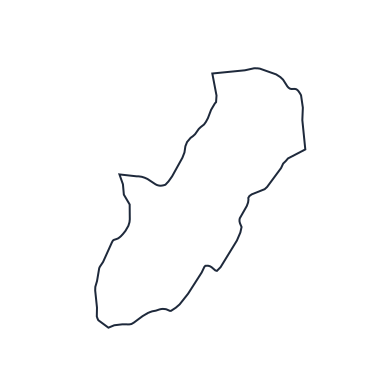 map outline of Cuscatlán (orthographic projection), rotated 244°
{"feature_id": "SLV-1345", "entity_name": "Cuscatlán", "entity_type": "Department", "adm_level": 1, "iso_a3": "SLV", "parent_name": "El Salvador", "parent_adm1": "", "projection": "orthographic", "projection_center": [-89.024, 13.859], "detail": "fine", "context": "isolated", "style": "outline", "palette": "slate", "viewbox_px": 384, "rotation_deg": 244, "n_neighbors": 0, "source": "natural_earth", "source_scale": "10m", "svg_char_len": 1697}
<svg xmlns="http://www.w3.org/2000/svg" viewBox="0 0 384 384"><g transform="rotate(244 192 192)"><path d="M239.6,134.5L230.3,149.2L229.6,150.7L227.7,153.5L225.6,155.7L223.2,157.7L214.9,162.6L213.6,163.6L212.6,164.7L211.6,166.1L211.0,167.6L210.5,169.4L210.2,171.3L211.8,175.5L214.8,181.0L227.0,198.4L230.9,202.6L236.0,206.1L239.1,209.5L241.3,214.5L241.8,217.4L242.6,220.1L245.7,225.7L246.5,228.2L247.4,232.4L248.9,235.2L251.4,238.7L257.5,245.2L261.6,251.4L262.2,253.0L267.9,256.3L289.6,262.2L278.2,292.9L276.0,302.0L274.5,305.0L273.1,307.1L260.8,319.2L256.5,321.8L253.0,323.1L245.1,324.0L243.4,324.5L242.0,325.3L241.0,326.5L239.6,329.6L238.6,330.8L237.3,331.5L236.0,331.9L233.2,332.3L231.1,332.4L219.2,328.6L208.3,322.7L180.6,312.5L180.1,293.0L178.7,289.8L177.6,286.4L174.5,282.6L163.6,261.7L162.7,258.6L163.7,244.6L163.2,241.8L162.0,240.0L160.4,239.4L158.0,237.8L155.4,235.1L147.4,223.4L146.2,222.5L144.7,221.8L142.8,221.4L138.8,221.2L134.4,217.7L128.7,211.1L111.9,184.7L110.2,179.8L111.3,178.6L115.9,176.6L117.5,175.5L118.7,174.1L119.8,171.7L119.3,170.3L115.4,165.4L102.3,143.9L96.4,131.6L95.1,126.7L94.4,121.1L94.8,120.1L95.8,119.2L96.9,118.3L98.1,117.2L99.7,114.6L100.3,113.0L100.7,111.3L101.2,107.5L102.2,103.9L102.5,101.3L102.5,100.6L102.6,99.4L102.1,93.1L100.1,82.5L99.9,79.7L100.5,77.6L103.6,71.4L106.3,63.7L106.7,57.4L117.8,51.6L119.7,51.6L121.9,51.9L129.7,55.9L145.9,61.8L149.1,63.5L153.6,67.6L164.2,75.2L165.2,76.4L168.1,81.4L181.8,97.9L183.0,99.6L183.2,100.7L183.2,100.8L182.8,103.6L182.7,105.3L183.0,107.0L183.4,108.6L184.5,111.5L186.2,115.1L189.5,120.0L192.3,122.6L194.7,124.1L208.1,130.5L219.5,129.6L229.2,133.3L239.6,134.5Z" fill="none" stroke="#1e293b" stroke-width="2"/></g></svg>